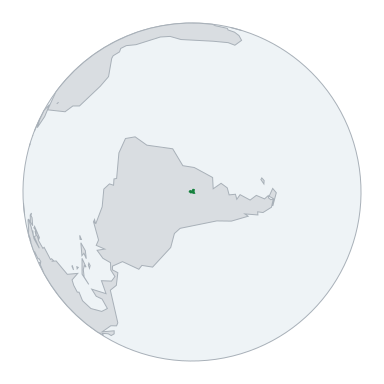 Ñeembucú highlighted on a globe, orthographic projection, rotated 259°
{"feature_id": "PRY-610", "entity_name": "Ñeembucú", "entity_type": "Department", "adm_level": 1, "iso_a3": "PRY", "parent_name": "Paraguay", "parent_adm1": "", "projection": "orthographic", "projection_center": [-58.039, -26.618], "detail": "medium", "context": "on_globe", "style": "filled", "palette": "green", "viewbox_px": 384, "rotation_deg": 259, "n_neighbors": 0, "source": "natural_earth", "source_scale": "10m", "svg_char_len": 4273}
<svg xmlns="http://www.w3.org/2000/svg" viewBox="0 0 384 384"><g transform="rotate(259 192 192)"><circle cx="192" cy="192" r="169" fill="#eef3f6" stroke="#a8b0b8"/><path d="M140.1,31.2L140.3,31.2L152.4,28.6L150.8,29.6L152.6,30.3L155.9,29.0L155.7,28.1L162.4,26.4L161.4,26.1L164.0,25.5L164.9,25.2L170.1,24.5L170.7,24.4L175.6,23.9L175.0,24.3L177.1,24.3L182.5,23.5L185.9,24.4L196.0,25.7L196.3,26.3L188.2,27.5L176.3,28.0L165.9,31.4L178.5,28.5L178.9,30.9L181.4,31.2L184.9,31.0L187.0,29.9L188.4,30.9L176.4,33.5L175.0,32.7L178.8,31.7L173.2,32.2L165.1,34.9L165.9,36.3L152.8,40.2L153.3,41.4L150.6,43.3L150.8,40.9L150.2,45.5L135.0,53.9L133.9,64.3L128.6,57.5L122.8,58.1L115.6,60.3L115.2,62.0L106.1,63.8L96.9,70.5L92.0,80.6L93.8,86.7L104.1,83.3L107.9,78.1L115.8,75.0L108.6,88.2L122.2,86.2L119.9,96.0L123.7,100.2L130.9,97.4L138.2,98.5L143.9,91.9L152.9,87.7L152.6,95.5L157.9,87.8L162.7,91.1L180.9,89.7L179.4,91.6L194.6,101.0L211.7,106.0L215.7,112.5L213.6,116.3L219.7,117.9L219.7,120.6L244.3,127.7L257.2,136.9L257.0,146.7L246.6,156.6L238.1,181.3L219.6,188.0L215.6,198.9L202.3,215.0L191.1,213.4L195.0,222.2L189.3,227.4L182.1,227.9L181.5,234.2L176.3,234.6L180.2,238.7L173.0,247.5L176.4,254.5L171.4,261.9L173.9,266.1L171.5,266.1L169.4,267.9L169.6,270.4L161.9,267.1L158.3,257.8L160.0,252.7L156.9,252.3L160.4,239.7L157.5,242.5L155.9,225.1L158.9,210.8L158.6,173.4L154.6,166.8L141.6,160.5L125.8,139.0L129.5,128.8L126.3,125.1L136.9,110.5L134.4,99.8L130.8,99.0L126.9,103.8L114.8,99.9L111.2,93.1L77.7,94.2L75.0,92.4L76.2,86.8L71.9,77.1L70.6,89.1L67.6,88.5L66.5,85.3L68.8,82.7L70.3,77.2L68.6,77.5L73.0,72.1L82.7,63.1L93.1,55.0L104.1,47.7L115.7,41.3L127.7,35.8L140.1,31.2ZM132.3,68.4L147.9,71.4L138.4,73.7L140.3,72.3L136.5,70.5L129.2,69.9L121.0,73.0L132.3,68.4ZM140.9,60.7L138.1,60.8L140.9,60.3L140.9,60.7ZM162.5,25.6L162.4,25.6L162.5,25.6ZM175.2,274.6L162.8,268.6L169.6,271.1L173.1,266.9L180.1,271.9L175.2,274.6ZM186.2,264.1L191.1,262.0L192.5,263.2L189.5,265.0L186.2,264.1ZM319.9,81.6L322.5,84.8L326.5,89.8L333.7,100.0L340.1,110.7L345.7,121.8L350.4,133.3L354.3,145.2L357.3,157.3L359.5,169.5L360.7,181.9L360.9,194.4L360.3,206.9L358.8,219.2L356.3,231.4L352.9,243.4L352.7,244.2L350.8,246.6L345.9,257.9L344.2,258.3L340.8,264.2L336.5,268.0L331.4,269.6L327.9,262.1L331.7,256.0L336.0,241.4L343.8,210.2L348.9,200.2L350.2,190.5L347.3,165.2L348.2,155.4L346.5,149.4L343.4,147.6L340.8,140.6L338.5,138.7L321.2,132.1L313.3,122.1L297.9,97.9L299.2,91.5L295.0,82.7L300.2,66.0L306.3,70.3L316.1,77.4L319.9,81.6ZM300.5,62.5L300.1,62.1L304.2,67.7L300.8,66.2L294.2,61.8L284.7,52.4L293.5,57.1L290.2,54.6L281.6,48.8L283.7,50.1L300.5,62.5ZM304.3,76.0L305.6,78.2L304.3,76.0ZM181.5,89.6L183.6,91.1L180.7,91.2L181.5,89.6ZM136.7,76.8L140.2,76.3L141.9,77.2L139.2,78.0L136.7,76.8ZM166.8,73.1L170.9,73.5L166.5,74.4L166.8,73.1ZM150.5,71.8L163.4,73.2L154.8,76.1L146.7,75.5L152.5,74.2L150.5,71.8ZM138.5,64.6L140.6,64.7L139.7,66.0L138.5,64.6ZM142.9,60.4L142.0,60.6L141.1,59.9L142.9,60.4ZM179.6,30.7L180.6,30.5L183.9,30.5L182.1,31.0L179.6,30.7ZM200.3,28.8L202.0,30.4L199.5,29.4L197.3,30.1L189.3,29.2L196.0,26.6L194.4,27.8L200.3,28.8ZM180.4,27.9L184.7,28.4L179.7,28.0L180.4,27.9ZM270.5,42.4L269.7,42.0L267.8,41.0L270.5,42.4ZM278.1,46.6L277.6,46.3L278.1,46.6ZM179.1,23.5L180.8,23.5L177.4,23.7L179.1,23.5ZM212.4,24.3L213.3,24.5L206.0,23.7L201.2,23.3L212.4,24.3ZM340.9,271.8L341.8,270.2L345.6,262.5L346.1,261.4L340.9,271.8Z" fill="#d9dde1" stroke="#a8b0b8" stroke-width="1"/><path d="M191.8,190.8L191.8,190.7L192.0,190.5L192.1,190.4L192.4,190.2L192.5,190.2L192.4,190.1L192.5,190.0L192.5,189.9L192.4,189.9L192.5,189.8L192.6,189.7L192.7,189.8L192.7,189.7L192.8,189.6L193.0,189.7L193.1,189.8L193.3,189.9L193.3,190.0L193.5,190.6L193.1,191.0L193.0,191.3L192.9,191.3L193.1,192.5L193.3,192.9L193.6,193.3L194.1,193.3L194.2,193.5L194.0,194.2L193.9,194.4L193.7,194.3L193.4,194.4L192.9,194.1L192.6,194.0L192.3,194.0L192.2,193.9L191.8,193.9L191.5,193.9L190.8,194.0L190.5,194.1L190.5,193.9L190.4,193.7L190.5,193.5L190.6,193.4L190.7,193.2L190.7,193.3L190.8,193.3L190.8,193.2L190.9,192.9L191.0,192.9L191.3,192.8L191.3,192.7L191.2,192.7L191.3,192.5L191.3,192.4L191.5,192.4L191.5,192.2L191.7,191.9L191.5,191.7L191.6,191.4L191.6,191.2L191.8,190.9L191.7,190.8L191.7,190.7L191.8,190.7L191.8,190.8Z" fill="#22c55e" stroke="#15803d" stroke-width="1.5"/></g></svg>